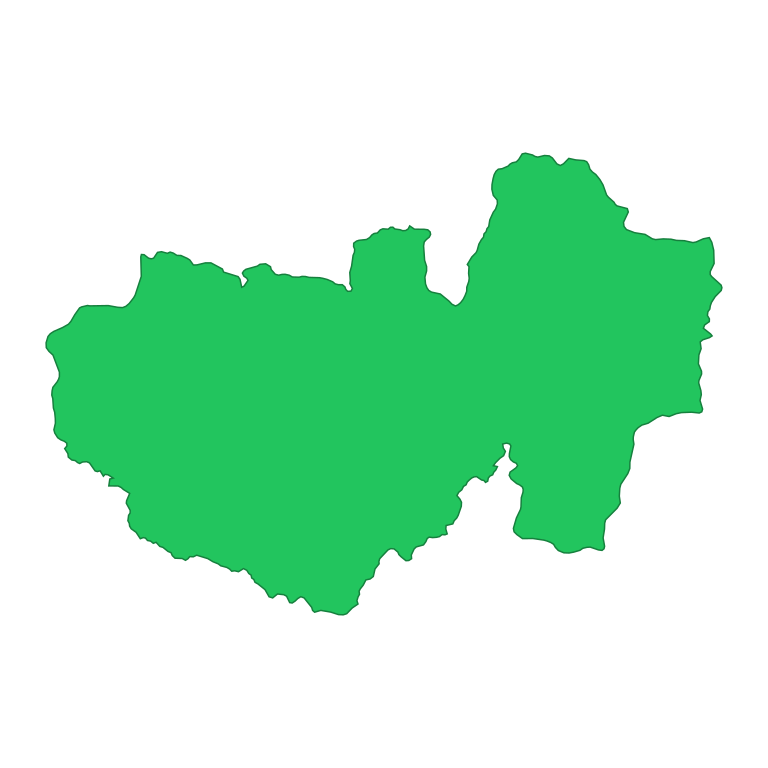 outline of Lassance, Minas Gerais, Brazil
{"feature_id": "56859067B47117401129154", "entity_name": "Lassance", "entity_type": "district", "adm_level": 2, "iso_a3": "BRA", "parent_name": "Brazil", "parent_adm1": "Minas Gerais", "projection": "albers", "projection_center": [-44.677, -17.876], "detail": "fine", "context": "isolated", "style": "filled", "palette": "green", "viewbox_px": 768, "rotation_deg": 0, "n_neighbors": 0, "source": "geoboundaries", "source_scale": "gbopen_adm2", "svg_char_len": 6086}
<svg xmlns="http://www.w3.org/2000/svg" viewBox="0 0 768 768"><path d="M620.3,503.0L619.3,496.1L619.8,488.2L620.8,484.3L627.8,473.6L629.8,468.5L629.9,462.1L633.9,444.2L633.2,439.5L633.3,436.9L634.4,432.1L636.1,429.8L638.2,427.6L641.8,425.1L648.1,423.2L657.0,417.5L662.4,415.2L669.1,416.5L676.2,413.7L681.4,412.6L691.4,412.2L699.3,413.0L701.8,411.8L702.6,409.1L700.0,400.4L701.3,394.7L700.9,390.7L698.7,383.0L698.9,380.6L701.6,374.0L701.5,371.2L698.4,363.9L698.9,354.9L701.1,348.7L700.2,341.9L702.8,339.8L709.5,337.6L712.1,335.9L710.6,334.0L703.4,328.3L704.6,325.0L709.3,321.6L709.4,318.9L707.4,315.5L707.9,311.7L709.8,309.1L710.3,305.8L711.5,302.4L715.2,296.6L721.2,290.5L721.9,287.7L721.1,285.1L711.6,276.5L710.2,274.5L710.2,271.6L714.1,263.5L713.7,250.2L711.8,242.3L709.3,237.6L703.3,238.8L696.1,242.0L692.9,242.6L684.4,240.7L676.5,240.4L671.0,239.2L663.2,238.9L655.5,239.6L652.3,238.8L645.1,234.4L634.6,232.7L626.5,229.6L624.0,226.4L623.5,222.3L628.3,212.0L627.3,208.6L617.0,205.9L615.2,204.3L614.0,202.2L608.4,197.2L606.6,195.0L603.0,184.9L599.9,179.6L595.8,174.5L592.4,172.0L589.9,169.1L588.6,164.7L586.7,161.7L584.1,160.6L575.7,159.9L568.8,158.4L563.5,163.8L560.3,165.5L556.9,163.9L552.4,158.0L549.3,155.9L544.5,155.5L537.8,157.1L534.9,156.4L532.6,155.0L525.5,153.2L522.2,153.9L518.7,159.5L516.3,161.9L512.3,162.8L509.9,164.2L508.1,166.1L502.1,168.7L498.3,169.2L496.0,171.3L494.2,174.6L493.1,178.6L492.0,184.7L491.9,189.3L493.3,195.4L497.2,200.0L497.4,203.9L495.6,209.1L493.3,212.2L489.8,219.9L488.7,226.6L487.0,228.6L486.1,231.7L484.0,233.9L483.5,237.2L481.5,239.5L478.9,244.1L477.2,250.3L476.1,252.6L471.8,257.0L467.3,264.5L469.0,266.6L468.6,273.4L469.2,278.2L468.8,281.4L466.8,287.2L466.7,291.3L465.1,295.5L463.2,299.3L460.6,302.7L458.1,304.8L455.5,306.0L451.9,304.2L449.1,301.2L440.3,294.0L431.5,292.1L428.7,290.4L426.9,287.7L425.5,283.9L424.9,277.1L426.6,270.9L426.6,266.6L424.6,260.3L423.6,246.0L424.2,242.0L426.4,239.5L429.3,237.1L430.6,234.4L430.1,231.9L427.8,229.8L424.2,229.3L414.5,229.2L409.7,225.9L408.2,228.9L405.7,230.5L402.7,230.7L400.0,229.7L394.9,229.0L392.9,227.2L390.4,227.3L388.2,229.2L382.9,228.8L380.2,229.9L377.4,233.0L374.1,233.5L371.9,234.9L369.6,237.6L366.5,239.5L359.0,240.3L356.5,241.1L353.7,243.2L353.6,246.6L354.7,249.2L354.4,252.4L353.1,255.3L351.6,266.1L349.8,272.5L350.3,280.6L349.9,283.7L352.4,288.5L350.9,291.2L347.6,291.3L345.8,289.4L344.9,286.9L342.3,284.7L338.4,284.7L335.2,283.9L332.7,281.8L327.3,279.5L322.8,278.3L319.5,277.7L309.1,277.4L305.3,276.5L302.0,276.4L299.2,277.2L292.4,277.0L289.2,275.2L285.1,274.3L282.0,274.4L278.7,275.2L275.3,274.3L271.2,269.6L270.5,266.7L265.7,263.8L259.9,264.3L257.4,266.1L245.9,269.3L243.7,271.0L242.4,273.1L243.9,276.2L246.8,278.2L248.0,280.4L244.0,286.2L241.7,287.3L240.0,279.3L238.1,276.6L223.6,272.1L222.4,269.0L211.0,262.9L205.3,262.9L197.0,264.9L193.4,265.0L189.8,260.0L187.3,258.4L180.9,255.5L176.9,255.4L173.3,253.1L170.1,252.1L167.4,253.3L161.5,251.7L157.5,252.4L153.6,258.2L151.3,258.8L148.6,258.2L144.1,254.7L141.4,254.5L140.8,256.9L141.3,276.4L135.2,295.0L133.7,297.7L129.2,303.5L125.9,306.3L122.6,307.6L117.7,307.3L108.3,305.6L89.8,305.9L87.5,305.5L81.6,306.9L79.6,307.9L74.9,314.5L70.9,321.4L68.5,324.2L62.7,327.5L53.8,331.4L50.3,333.7L48.0,336.5L46.1,342.8L46.3,347.7L49.0,351.4L53.0,355.1L59.4,372.1L59.4,376.7L58.6,379.2L57.2,381.8L52.9,387.3L52.1,390.8L51.8,395.1L52.8,398.6L53.4,408.0L54.7,412.3L55.3,418.6L55.4,423.2L53.9,429.8L54.8,433.1L57.7,437.7L60.9,439.9L64.4,441.3L66.8,443.2L66.9,446.0L64.7,448.6L67.9,453.6L68.3,457.1L71.8,460.0L75.3,460.6L77.5,462.5L79.7,463.5L82.5,462.0L86.7,461.7L89.5,462.9L95.1,470.9L97.4,471.6L100.1,470.8L103.4,476.2L105.0,474.4L108.1,474.8L113.2,478.1L109.8,479.0L108.8,485.9L118.2,486.0L121.2,487.5L123.4,489.5L129.7,493.4L126.6,500.7L126.3,503.2L130.2,510.4L130.1,513.1L128.6,515.3L127.9,520.7L129.3,523.4L129.6,526.1L131.2,528.8L136.1,532.3L140.3,538.7L143.2,537.6L145.5,538.1L147.5,540.5L150.6,541.1L153.3,543.3L156.1,542.3L159.8,546.4L163.0,547.4L168.1,551.5L171.0,552.6L172.3,555.6L175.0,558.2L182.2,558.5L185.5,560.3L187.9,558.8L189.7,556.6L193.3,556.8L196.7,555.2L207.8,558.6L212.9,561.7L218.3,563.9L220.7,565.8L226.8,567.4L229.7,569.1L231.7,571.2L234.7,570.8L238.5,571.7L243.5,568.6L246.8,570.3L248.8,573.5L251.1,575.1L251.7,578.0L253.8,579.4L255.0,582.3L257.9,583.9L265.0,589.6L269.1,596.8L272.7,597.9L277.5,594.0L283.8,594.7L286.6,596.2L289.7,602.6L292.2,603.0L295.1,601.1L297.8,598.5L300.8,596.7L304.1,597.9L311.7,607.4L312.6,610.4L314.6,612.2L320.8,610.4L330.7,612.1L338.5,614.6L343.3,614.8L346.7,613.7L352.2,608.0L358.0,604.0L356.9,600.7L358.1,596.8L359.5,594.3L359.1,591.2L360.2,589.0L363.3,585.0L365.9,579.9L370.1,579.0L373.3,576.5L375.0,569.0L379.1,563.8L378.9,561.4L379.7,558.7L388.0,549.9L390.7,548.6L394.1,548.9L397.9,552.1L398.9,554.6L401.1,556.8L405.9,560.7L408.8,560.5L411.6,558.7L411.3,555.0L414.1,549.0L416.3,546.9L423.5,544.9L425.9,541.6L427.2,538.5L429.2,537.1L432.5,537.6L436.5,537.3L439.5,536.6L442.0,534.6L445.0,534.8L447.2,533.9L445.8,529.0L446.1,525.5L452.8,523.9L454.2,520.7L456.7,518.1L458.2,515.3L461.3,506.3L461.5,502.3L459.9,499.1L456.9,495.6L458.7,492.3L461.8,489.8L463.5,486.4L466.1,484.8L467.2,482.1L469.3,480.0L471.7,478.0L474.1,476.9L476.6,476.6L481.6,480.0L484.0,480.5L485.5,482.4L487.7,481.2L488.3,478.0L490.0,476.0L492.7,474.8L493.7,472.3L495.8,470.0L497.4,466.6L493.4,465.7L495.6,462.6L500.0,458.2L503.6,455.7L505.4,451.4L503.3,448.0L502.7,444.0L506.6,443.1L509.7,444.0L510.9,446.0L509.4,453.6L509.3,456.7L510.6,459.6L513.3,461.9L516.4,463.3L517.6,465.7L515.9,467.9L510.1,472.1L509.2,475.3L511.1,478.9L516.6,483.5L519.6,484.9L522.4,487.0L523.2,489.4L523.0,492.2L521.3,497.7L521.0,506.9L520.5,509.4L516.4,518.0L513.4,528.4L514.1,531.8L516.9,534.6L522.5,538.6L532.8,538.5L543.8,540.1L547.0,541.0L550.8,542.5L553.6,544.3L555.4,547.4L558.3,550.5L563.8,552.8L569.1,553.0L573.8,552.1L580.0,550.3L582.8,548.3L587.0,547.3L590.2,547.1L598.4,549.9L602.0,550.4L604.0,548.8L604.6,546.3L603.1,537.9L604.5,529.1L604.7,523.2L605.6,519.8L617.1,508.2L620.3,503.0Z" fill="#22c55e" stroke="#15803d" stroke-width="1.5"/></svg>